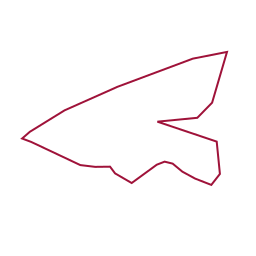 the Canton of Basel-Stadt, rotated 354°
{"feature_id": "CHE-3425", "entity_name": "Basel-Stadt", "entity_type": "Canton", "adm_level": 1, "iso_a3": "CHE", "parent_name": "Switzerland", "parent_adm1": "", "projection": "natural_earth1", "projection_center": [7.602, 47.563], "detail": "fine", "context": "isolated", "style": "outline", "palette": "rose", "viewbox_px": 256, "rotation_deg": 354, "n_neighbors": 0, "source": "natural_earth", "source_scale": "10m", "svg_char_len": 467}
<svg xmlns="http://www.w3.org/2000/svg" viewBox="0 0 256 256"><g transform="rotate(354 128 128)"><path d="M234.4,62.7L214.3,111.6L198.0,125.1L161.8,124.8L157.9,124.8L214.8,150.8L214.6,183.3L204.9,193.3L189.4,185.3L177.5,177.1L168.7,168.1L160.9,165.3L152.8,167.5L125.9,183.1L110.4,171.8L106.1,164.6L91.2,163.2L76.7,159.9L30.2,131.7L21.6,127.4L30.0,121.5L66.8,103.8L120.7,86.3L121.5,86.0L199.7,65.8L234.4,62.7Z" fill="none" stroke="#9f1239" stroke-width="2"/></g></svg>